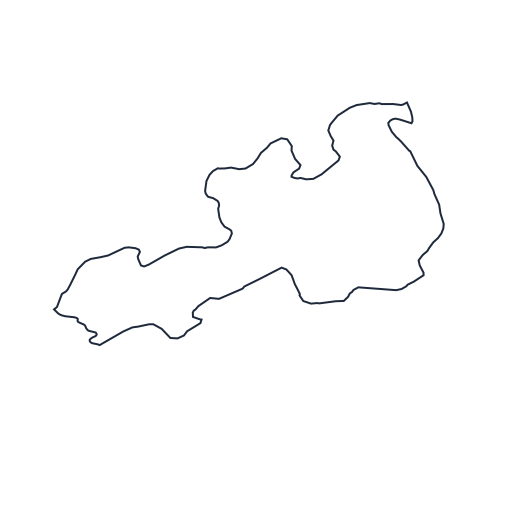 San Raimundo, Guatemala (Equal Earth projection), rotated 243°
{"feature_id": "79465075B35150348928705", "entity_name": "San Raimundo", "entity_type": "district", "adm_level": 2, "iso_a3": "GTM", "parent_name": "Guatemala", "parent_adm1": "", "projection": "equal_earth", "projection_center": [-90.553, 14.796], "detail": "fine", "context": "isolated", "style": "outline", "palette": "slate", "viewbox_px": 512, "rotation_deg": 243, "n_neighbors": 0, "source": "geoboundaries", "source_scale": "gbopen_adm2", "svg_char_len": 2862}
<svg xmlns="http://www.w3.org/2000/svg" viewBox="0 0 512 512"><g transform="rotate(243 256 256)"><path d="M349.6,265.0L350.6,262.9L351.5,261.8L351.2,256.2L349.4,251.4L345.3,245.9L337.1,240.2L334.3,239.5L330.5,240.2L327.1,244.0L322.5,246.8L320.1,246.9L317.8,246.1L315.2,243.7L306.9,240.9L301.7,240.4L296.4,241.3L291.9,244.4L289.8,245.4L287.0,244.7L283.0,240.0L281.6,237.1L281.1,230.3L281.8,224.3L285.1,218.0L286.1,215.5L286.2,214.1L288.1,212.1L295.6,198.5L297.6,190.8L297.9,175.1L297.0,156.3L297.5,151.5L299.9,149.2L307.1,149.7L309.3,150.4L312.3,154.4L314.9,154.5L317.7,152.1L321.5,146.5L323.0,142.6L323.6,124.5L325.5,117.0L328.4,107.5L328.5,101.2L325.1,91.1L321.7,86.8L314.7,77.4L311.6,72.9L310.7,70.7L310.3,65.8L300.9,55.5L300.1,51.8L298.1,52.5L296.9,52.9L295.9,53.2L294.8,53.6L293.0,54.6L292.2,55.2L291.2,56.1L289.9,57.6L289.2,58.3L288.5,59.3L287.8,60.4L283.9,66.3L282.3,68.0L281.1,68.6L280.2,68.3L279.1,67.5L278.1,67.6L277.0,68.3L275.9,69.2L274.5,70.3L273.4,71.3L271.8,72.1L270.6,72.1L269.3,71.9L268.1,72.0L267.1,72.2L266.1,72.5L265.0,73.3L262.5,76.3L260.6,78.4L259.5,78.6L258.4,78.4L257.7,77.6L257.5,76.3L257.6,74.1L257.6,72.3L257.0,70.0L256.0,69.3L254.6,69.3L252.8,70.3L252.1,71.2L249.6,74.3L248.8,75.2L247.6,76.2L249.0,103.5L248.5,113.5L246.6,118.9L243.7,129.7L241.8,133.5L233.9,138.9L221.8,142.5L218.2,148.7L217.9,155.7L220.2,160.4L221.4,176.0L224.1,178.6L225.0,177.3L230.3,172.2L234.3,174.0L235.6,175.8L235.8,177.8L237.5,181.9L239.4,196.1L234.6,203.6L233.0,229.2L234.1,231.8L233.9,249.1L234.0,273.5L230.3,276.9L227.2,277.8L222.6,279.0L213.2,277.8L207.9,277.9L202.2,277.8L201.1,276.9L194.4,277.7L188.6,283.4L186.4,288.9L184.9,291.2L184.2,293.3L179.5,306.5L176.1,313.8L177.8,319.5L180.0,322.5L180.4,325.4L181.5,327.4L181.6,333.0L175.4,343.2L161.9,365.4L160.5,370.7L160.8,376.3L161.6,378.0L161.5,384.9L162.8,396.6L165.1,397.7L173.2,397.6L178.3,398.9L181.2,405.0L182.6,410.9L184.7,414.2L187.7,420.2L189.3,426.2L192.0,431.5L195.5,435.4L199.3,437.8L210.2,439.7L218.6,442.5L230.1,443.1L234.3,443.9L249.2,443.6L263.1,440.7L279.4,441.0L280.2,440.3L292.2,437.2L296.9,435.6L298.0,435.0L305.1,433.4L312.2,433.5L314.5,434.3L315.7,437.1L315.8,439.9L315.1,442.6L312.3,446.1L303.7,454.8L305.0,456.6L308.6,458.2L314.3,459.6L324.2,460.2L324.2,455.3L324.8,453.6L329.2,447.1L334.2,437.1L336.1,435.2L337.6,430.7L340.6,426.8L344.8,414.2L345.5,406.8L344.0,392.5L340.2,383.6L339.1,381.4L335.0,377.4L328.9,377.0L323.6,377.4L319.8,374.0L315.6,373.3L313.0,374.6L306.4,375.8L303.7,372.9L299.0,351.5L298.7,342.1L301.5,335.6L305.4,331.0L306.2,328.2L308.2,325.6L310.5,323.6L311.7,324.4L313.5,327.4L314.3,334.1L316.8,336.9L324.8,334.9L333.8,335.5L337.7,337.8L345.8,336.8L349.4,332.0L349.7,320.1L347.5,315.0L345.6,307.1L342.4,302.0L339.3,295.1L338.7,286.4L341.0,280.4L345.1,275.2L346.1,273.9L348.3,267.6L349.1,266.1L349.6,265.0Z" fill="none" stroke="#1e293b" stroke-width="2"/></g></svg>